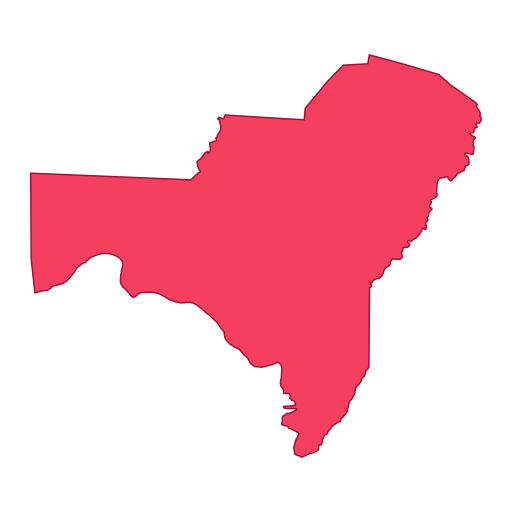 the district of Livingstone, Southern, Zambia
{"feature_id": "96606910B12959301642296", "entity_name": "Livingstone", "entity_type": "district", "adm_level": 2, "iso_a3": "ZMB", "parent_name": "Zambia", "parent_adm1": "Southern", "projection": "robinson", "projection_center": [25.872, -17.81], "detail": "fine", "context": "isolated", "style": "filled", "palette": "rose", "viewbox_px": 512, "rotation_deg": 0, "n_neighbors": 0, "source": "geoboundaries", "source_scale": "gbopen_adm2", "svg_char_len": 6098}
<svg xmlns="http://www.w3.org/2000/svg" viewBox="0 0 512 512"><path d="M34.9,292.9L42.6,290.8L46.4,290.5L47.7,290.2L50.4,288.4L52.9,286.2L55.2,285.5L60.1,284.4L62.3,283.6L65.0,282.1L66.7,280.9L68.4,279.3L74.1,272.4L74.9,271.3L76.5,268.4L77.3,267.5L80.3,265.2L82.1,263.6L83.9,262.9L85.1,262.8L86.7,260.9L90.9,257.3L97.4,254.7L101.1,253.8L104.4,253.3L110.7,253.9L114.8,255.3L118.0,256.9L119.7,258.2L121.0,259.6L122.3,261.7L122.8,263.6L122.9,265.1L121.4,270.9L121.3,272.7L120.7,275.1L120.6,277.7L120.4,279.0L120.4,282.3L121.5,285.0L123.0,287.1L125.8,289.6L127.4,291.4L129.9,294.2L131.7,296.6L132.8,297.1L134.2,297.1L135.6,296.5L138.0,294.1L139.3,293.2L140.6,292.6L151.3,292.2L157.1,293.1L159.7,294.0L165.7,297.3L167.2,298.4L169.7,299.8L176.0,302.0L178.6,302.3L180.2,302.9L185.5,302.6L188.8,302.2L190.2,302.3L194.1,303.5L197.7,305.5L198.8,306.6L201.1,308.1L205.4,312.1L210.3,316.0L213.6,319.3L216.7,322.0L217.5,323.0L220.5,327.7L224.2,332.0L224.3,334.3L224.9,337.5L225.4,338.8L226.9,341.0L229.1,343.3L230.4,344.5L232.9,345.8L234.3,347.0L237.7,348.6L240.1,350.2L243.8,354.8L247.7,358.1L250.6,363.6L251.6,364.5L255.4,366.7L261.5,367.1L264.8,366.6L270.3,364.9L272.0,364.9L273.6,363.9L277.0,362.6L277.7,362.5L278.9,362.8L279.9,363.6L280.9,365.0L281.9,367.5L281.3,378.0L280.6,380.4L280.4,382.4L280.6,385.3L281.2,386.5L283.2,389.3L283.6,390.7L283.5,393.1L284.3,393.5L288.9,393.4L290.6,396.0L289.6,397.8L290.1,398.4L291.3,399.1L291.3,400.1L293.6,400.9L294.6,401.5L295.5,403.9L295.4,405.0L293.1,405.5L288.7,406.2L286.6,406.1L283.4,406.6L283.6,407.7L284.4,408.1L285.3,408.1L286.7,408.6L293.9,408.5L296.3,408.7L296.7,409.0L296.4,409.8L293.3,411.7L288.5,413.6L287.0,413.3L286.5,413.5L285.4,414.8L282.7,416.2L282.3,418.5L282.4,420.0L282.2,421.3L281.6,423.9L281.7,424.6L283.3,425.3L287.5,426.2L288.1,426.8L288.9,428.2L289.9,428.4L296.0,431.4L296.6,431.9L298.0,432.4L298.8,433.4L298.8,433.9L298.2,435.2L297.9,436.8L296.0,439.5L295.2,441.8L293.7,447.9L293.9,449.0L294.2,449.8L294.6,452.4L294.4,453.5L294.6,453.8L296.9,455.3L298.6,455.6L299.8,456.1L301.2,457.1L302.6,457.0L307.3,454.5L308.2,454.3L309.5,453.5L313.9,452.6L317.7,450.6L318.4,449.4L318.8,448.0L318.8,445.4L319.2,445.0L320.6,445.0L321.6,444.1L322.2,442.4L322.2,441.2L322.4,440.3L322.7,439.3L323.5,437.9L324.2,435.4L325.3,434.7L326.4,434.5L327.4,433.8L328.2,431.1L328.6,430.4L330.6,428.7L331.5,426.8L332.3,426.1L334.9,424.2L337.9,422.4L339.3,421.8L340.3,421.6L340.7,421.1L340.8,419.2L341.3,418.1L342.8,417.2L344.1,415.7L344.5,414.9L346.5,412.8L346.9,411.9L348.2,407.1L349.1,402.8L350.1,400.4L351.5,399.3L352.3,398.3L353.0,396.2L353.9,395.5L354.5,393.9L355.5,388.9L355.8,387.7L357.6,385.6L358.8,384.5L359.7,383.2L361.0,381.2L361.4,379.7L362.3,377.9L363.7,376.7L364.8,375.5L365.2,374.2L365.4,372.3L366.0,370.7L368.2,368.3L368.9,367.1L369.5,287.7L371.1,286.8L371.4,286.2L371.5,285.5L371.3,284.7L370.8,284.1L370.1,283.6L370.2,282.7L372.0,282.6L372.4,282.2L372.5,281.8L372.5,280.9L373.3,280.7L374.4,279.5L377.3,278.5L378.4,278.6L379.1,278.4L380.7,277.1L380.7,276.5L381.5,276.3L383.6,272.2L383.7,271.0L384.9,268.5L385.4,267.9L389.5,265.4L390.2,263.8L390.3,261.8L391.3,260.6L392.1,259.2L393.0,258.8L395.4,259.3L397.0,259.1L399.4,259.3L400.1,259.2L401.8,258.0L402.1,257.6L402.2,256.4L401.8,254.6L401.8,253.8L401.5,253.1L401.5,252.5L401.6,251.9L402.0,251.5L402.8,250.9L402.8,248.9L403.0,247.9L404.2,247.1L404.6,247.4L405.2,247.4L407.4,247.3L408.5,246.7L409.1,246.0L409.5,244.7L409.3,243.9L409.0,243.2L407.5,242.2L407.5,241.8L408.2,240.7L408.8,240.5L409.4,240.6L410.8,241.7L412.9,240.0L413.1,239.4L413.7,239.0L413.9,238.8L414.0,239.0L415.9,237.8L416.8,237.6L417.5,236.3L419.1,234.8L420.6,232.6L421.5,230.4L422.1,229.7L422.3,228.8L423.9,227.9L424.1,229.2L425.2,229.4L426.1,228.6L426.5,226.6L426.3,225.2L425.9,224.6L425.6,223.8L425.9,222.3L426.2,222.1L426.4,221.6L427.3,221.0L427.6,220.4L427.8,219.4L427.3,218.6L427.2,217.7L428.4,215.7L428.7,215.0L428.8,213.0L429.2,212.1L431.8,209.3L431.9,208.9L431.8,208.5L430.0,207.3L429.7,205.3L429.8,204.7L431.3,202.9L431.4,202.4L431.4,201.9L430.1,200.6L430.4,200.0L433.6,198.5L436.8,196.5L437.1,194.5L437.0,193.7L436.7,193.5L436.5,193.0L436.5,191.9L436.7,191.1L436.9,184.2L437.2,183.5L437.2,182.9L437.7,181.4L438.8,179.1L439.3,178.6L441.9,177.7L443.8,177.6L446.4,176.7L446.9,176.6L447.5,177.0L448.4,178.7L450.6,180.9L451.1,181.0L451.7,180.5L452.3,179.5L453.0,178.7L454.8,177.3L455.9,176.1L456.8,174.4L457.8,173.6L461.3,171.6L464.1,170.4L464.5,168.7L465.2,167.2L465.2,166.8L465.0,166.6L465.5,166.1L466.6,165.7L466.9,165.4L467.6,165.2L469.0,163.9L469.2,163.1L468.5,158.3L468.1,156.9L467.6,156.4L465.5,155.5L465.0,155.2L464.8,154.6L465.1,153.7L465.9,153.2L467.9,153.4L470.0,154.1L472.2,154.3L472.9,154.1L473.5,152.9L474.0,147.0L473.9,146.4L473.0,145.0L473.5,141.5L473.4,139.9L475.2,138.4L475.4,137.6L473.9,136.5L472.0,135.7L471.5,135.1L471.0,134.9L469.8,133.7L471.0,132.7L473.5,132.6L473.9,131.9L473.9,131.1L474.3,129.2L475.0,128.0L475.9,127.5L477.1,127.3L477.2,126.8L476.1,124.7L476.1,123.8L476.8,122.9L477.4,122.8L479.0,123.2L479.5,123.1L480.9,120.9L480.7,120.8L481.3,118.9L480.0,115.7L480.0,115.0L480.4,114.4L480.1,113.0L479.6,111.3L479.1,110.4L478.2,109.5L477.3,108.0L476.6,107.2L477.2,104.4L475.4,102.4L450.0,84.6L438.9,74.6L404.2,64.3L369.3,54.9L367.8,63.8L343.2,65.2L341.6,66.8L326.5,82.4L305.2,108.4L304.2,119.7L287.6,118.9L225.2,115.0L224.5,116.8L223.6,118.6L222.6,118.8L219.8,117.4L219.1,117.3L218.7,117.5L217.8,118.6L217.9,119.1L218.8,119.3L219.2,119.7L220.3,124.1L220.7,126.5L220.6,128.8L220.0,131.0L217.3,135.5L217.0,137.1L215.7,138.2L216.3,138.8L216.5,140.7L215.8,141.1L214.4,141.4L213.3,141.3L212.9,141.5L212.4,142.1L211.6,142.6L210.3,142.6L209.9,142.8L209.8,143.6L210.2,147.2L210.3,150.3L209.7,151.9L208.6,153.3L208.1,153.5L207.9,152.8L207.9,151.7L207.3,151.6L205.8,152.3L204.8,153.0L203.4,154.9L202.5,156.6L202.0,157.2L200.9,158.2L200.4,159.0L198.8,160.0L197.1,161.8L197.1,163.0L197.6,165.0L197.5,166.2L198.4,167.3L198.3,167.8L198.7,169.0L200.4,171.5L200.2,172.3L198.9,172.6L197.3,173.7L196.2,174.7L193.0,178.1L190.4,179.8L30.7,173.2L31.2,259.0L34.9,292.9Z" fill="#f43f5e" stroke="#9f1239" stroke-width="1.5"/></svg>